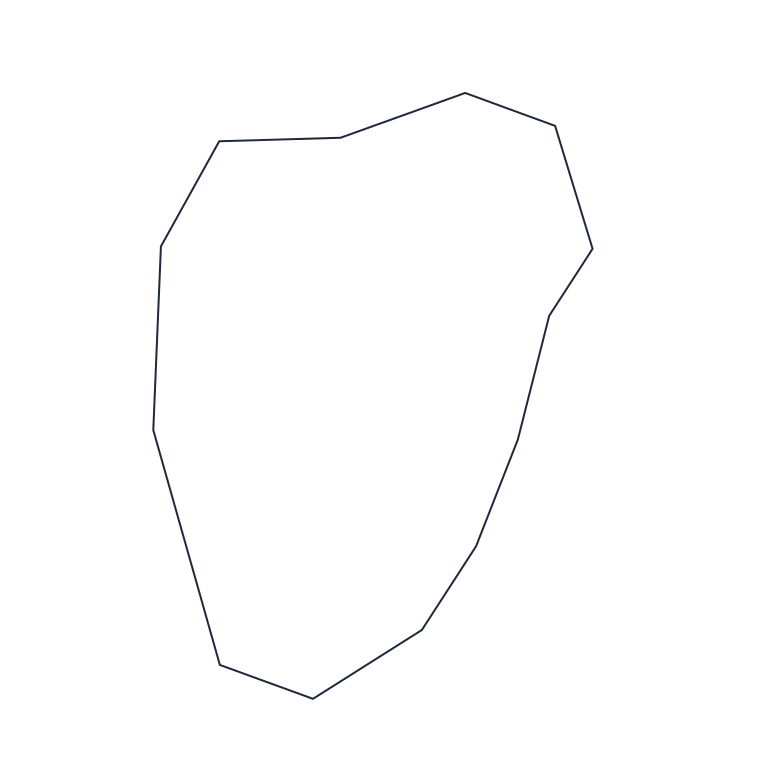 an SVG outline of Almaty City, rotated 163°
{"feature_id": "KAZ-4829", "entity_name": "Almaty City", "entity_type": "City", "adm_level": 1, "iso_a3": "KAZ", "parent_name": "Kazakhstan", "parent_adm1": "", "projection": "natural_earth1", "projection_center": [76.924, 43.297], "detail": "fine", "context": "isolated", "style": "outline", "palette": "slate", "viewbox_px": 768, "rotation_deg": 163, "n_neighbors": 0, "source": "natural_earth", "source_scale": "10m", "svg_char_len": 334}
<svg xmlns="http://www.w3.org/2000/svg" viewBox="0 0 768 768"><g transform="rotate(163 384 384)"><path d="M544.0,103.7L623.1,163.3L618.1,407.4L557.1,580.8L470.6,664.3L353.6,632.2L221.3,638.6L144.9,580.8L145.0,452.3L206.1,400.9L272.2,291.8L343.4,201.9L419.7,137.7L544.0,103.7Z" fill="none" stroke="#1e293b" stroke-width="2"/></g></svg>